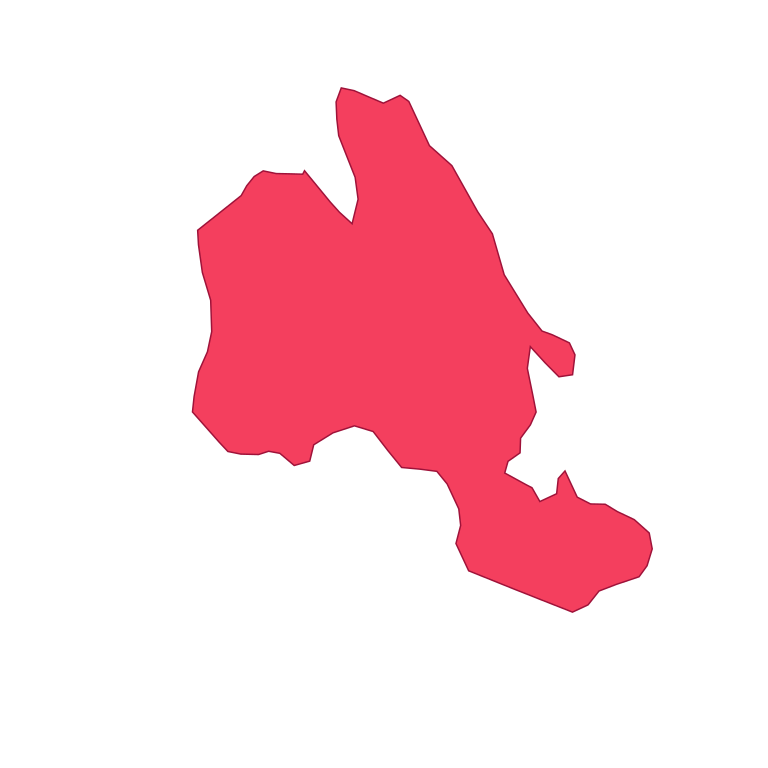 Seosan-si, South Chungcheong, South Korea (Natural Earth projection), rotated 155°
{"feature_id": "91817680B60871253292980", "entity_name": "Seosan-si", "entity_type": "district", "adm_level": 2, "iso_a3": "KOR", "parent_name": "South Korea", "parent_adm1": "South Chungcheong", "projection": "natural_earth1", "projection_center": [126.456, 36.801], "detail": "fine", "context": "isolated", "style": "filled", "palette": "rose", "viewbox_px": 768, "rotation_deg": 155, "n_neighbors": 0, "source": "geoboundaries", "source_scale": "gbopen_adm2", "svg_char_len": 1381}
<svg xmlns="http://www.w3.org/2000/svg" viewBox="0 0 768 768"><g transform="rotate(155 384 384)"><path d="M569.4,439.6L557.9,400.7L554.0,388.8L543.4,381.0L527.5,373.1L517.0,371.8L507.7,365.2L499.8,348.1L483.9,345.5L473.4,358.6L450.9,361.3L428.5,358.6L413.9,345.5L408.6,321.9L403.3,300.9L387.5,291.7L373.0,282.5L369.0,266.7L369.0,239.2L374.3,223.4L386.2,209.0L386.2,182.8L386.2,178.9L353.1,143.5L332.0,121.2L309.6,97.6L292.4,97.6L276.6,105.5L258.1,104.2L234.3,101.5L222.4,108.1L210.6,121.2L206.6,136.9L214.5,155.3L226.4,169.7L234.3,181.5L247.5,188.0L256.7,199.8L256.7,228.7L266.0,224.7L273.9,211.6L292.4,211.6L293.7,227.4L297.7,232.6L301.6,237.9L312.2,252.3L304.3,261.5L289.8,264.1L283.1,277.2L268.6,285.1L258.0,294.3L254.1,310.0L247.5,337.6L235.6,356.0L229.0,335.0L222.4,316.6L209.2,312.7L198.6,329.7L198.6,342.9L210.5,357.3L218.4,365.2L223.7,387.5L228.9,432.2L222.3,474.3L223.8,484.2L226.3,500.6L230.2,553.2L242.1,580.8L242.1,607.2L242.1,629.6L247.4,638.8L265.9,638.8L276.5,650.6L287.1,662.5L297.6,670.4L308.2,659.9L314.8,644.0L320.1,628.2L321.4,607.2L322.8,583.5L329.4,562.4L345.2,542.7L351.8,558.5L355.8,571.6L365.9,610.9L369.0,608.5L379.6,613.8L392.8,620.3L403.4,628.2L414.0,626.9L424.6,621.7L433.8,615.1L487.9,602.1L493.3,588.6L501.5,561.8L505.7,533.1L518.0,504.3L530.4,487.8L546.9,473.4L561.4,452.9L569.4,439.6Z" fill="#f43f5e" stroke="#9f1239" stroke-width="1.5"/></g></svg>